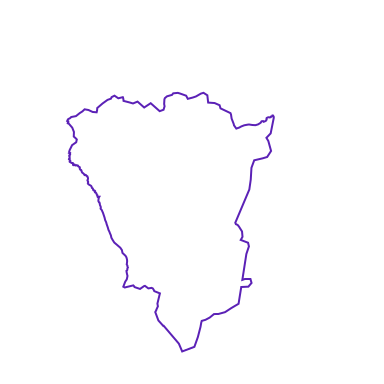 the district of Kirfi, Bauchi, Nigeria, rotated 56°
{"feature_id": "59680162B60638866528984", "entity_name": "Kirfi", "entity_type": "district", "adm_level": 2, "iso_a3": "NGA", "parent_name": "Nigeria", "parent_adm1": "Bauchi", "projection": "natural_earth1", "projection_center": [10.416, 10.451], "detail": "fine", "context": "isolated", "style": "outline", "palette": "violet", "viewbox_px": 384, "rotation_deg": 56, "n_neighbors": 0, "source": "geoboundaries", "source_scale": "gbopen_adm2", "svg_char_len": 5454}
<svg xmlns="http://www.w3.org/2000/svg" viewBox="0 0 384 384"><g transform="rotate(56 192 192)"><path d="M318.7,289.3L321.7,276.6L318.9,272.8L315.5,268.2L308.6,260.4L305.5,257.4L304.3,256.0L305.5,252.3L306.0,247.5L305.5,242.0L307.9,238.3L310.1,231.8L310.2,224.6L310.2,224.4L310.5,219.3L310.6,217.9L310.7,215.9L298.3,204.3L302.0,198.2L300.7,193.5L296.8,192.2L293.7,196.8L293.0,199.4L273.8,181.6L268.9,175.2L265.4,173.9L259.0,178.4L257.4,175.2L252.7,172.6L249.6,172.5L246.9,172.4L244.8,172.6L243.2,173.6L241.7,173.3L222.0,143.1L214.5,136.3L205.2,129.2L200.5,122.7L203.6,114.6L205.0,110.1L202.2,103.5L192.4,100.2L188.7,100.0L187.4,94.0L176.2,82.7L175.1,82.1L173.8,82.1L173.5,82.6L173.8,83.1L174.0,83.8L173.6,84.4L174.0,85.0L173.6,86.0L173.2,86.2L172.7,87.0L172.5,87.8L172.4,88.7L172.8,89.2L173.2,89.3L173.8,89.7L173.9,90.4L174.3,91.0L174.2,91.7L174.1,92.5L173.8,93.4L173.3,93.4L173.0,93.4L172.6,94.1L172.3,94.8L173.0,96.4L172.9,99.4L172.1,102.0L170.2,104.5L167.9,107.0L167.2,108.4L165.9,111.4L165.2,114.5L165.0,116.8L164.2,119.8L160.2,119.9L159.0,119.4L153.3,118.1L149.5,116.3L148.4,116.1L148.1,116.0L138.6,121.6L135.5,120.6L130.9,123.5L126.9,128.6L120.4,125.2L116.2,127.0L115.4,129.6L115.0,135.3L114.1,138.6L112.4,143.4L108.9,143.0L104.0,146.6L101.9,148.3L99.7,152.4L100.3,154.3L98.7,159.2L99.0,162.0L99.8,163.1L103.5,165.9L105.6,166.8L107.9,169.6L106.9,173.6L95.3,176.6L95.2,184.4L86.6,186.6L85.6,191.4L82.6,193.9L80.9,195.4L78.2,197.8L76.7,197.0L74.9,196.3L74.7,196.3L73.1,200.7L68.8,202.4L68.4,205.6L69.3,207.0L68.4,210.5L68.6,216.7L69.4,223.6L71.2,225.0L72.6,226.5L70.1,229.6L66.1,232.0L63.4,234.8L63.9,237.8L63.8,240.8L64.2,245.8L62.3,250.2L62.5,251.1L62.6,252.4L62.4,253.1L62.4,254.2L62.9,255.1L63.3,255.7L63.8,255.2L64.2,255.0L64.9,255.4L65.1,256.2L65.5,256.6L66.6,255.9L71.7,255.3L76.2,256.3L79.9,259.0L82.3,258.4L84.0,258.1L86.0,260.2L86.1,265.2L88.8,269.9L89.3,270.5L89.8,271.2L90.3,271.4L90.6,271.6L91.0,271.4L91.1,271.8L91.1,272.1L91.4,272.0L91.5,271.7L91.7,271.4L91.9,271.6L92.3,271.8L92.6,271.9L92.9,272.3L92.8,272.7L92.9,272.9L93.2,272.9L93.4,273.1L93.4,273.4L93.4,273.6L93.9,273.8L94.3,273.7L94.6,273.8L94.8,274.1L95.0,274.3L95.3,274.5L95.6,274.5L95.7,274.9L95.8,275.2L95.8,275.5L96.0,275.7L96.4,275.6L96.7,275.6L97.0,275.4L97.5,275.3L97.9,275.5L98.0,275.7L98.1,275.9L98.3,275.8L98.4,276.1L98.4,276.4L98.5,276.5L99.0,276.4L99.3,276.2L99.7,276.0L100.2,275.8L100.6,275.6L100.9,275.3L101.0,275.1L101.1,274.9L101.2,274.7L101.3,274.6L101.5,274.6L102.0,274.8L102.4,274.9L102.5,275.1L102.8,275.4L103.0,275.5L103.4,275.4L103.5,275.3L103.6,275.1L103.7,274.8L103.7,274.6L103.5,274.4L103.4,274.1L103.5,274.0L103.9,274.0L104.0,273.9L104.3,273.9L104.5,274.0L104.7,273.9L104.9,273.7L104.9,273.3L105.0,273.0L105.1,272.8L105.2,272.7L105.4,272.7L105.6,272.6L105.8,272.5L105.8,272.3L105.9,272.1L106.0,272.0L106.1,271.9L106.3,271.8L106.5,271.9L107.1,271.9L107.3,271.9L107.6,271.8L107.8,271.7L108.0,271.5L108.1,271.4L108.3,271.3L108.5,271.2L109.0,271.3L109.3,271.5L109.5,271.8L109.9,272.0L110.1,272.1L110.3,272.1L110.5,272.1L110.8,272.0L111.1,272.1L111.3,272.0L111.4,271.8L111.6,271.7L111.8,271.6L112.0,271.7L112.1,271.8L112.3,271.8L112.6,271.8L112.8,271.8L113.0,271.8L113.3,272.0L113.6,272.1L113.8,272.1L114.0,272.1L114.4,272.2L114.5,272.2L114.8,272.1L115.0,272.0L115.3,271.9L115.5,271.8L115.9,271.7L116.3,271.6L116.6,271.6L116.8,271.5L117.2,271.6L117.4,271.6L117.6,271.6L117.9,271.6L118.0,271.4L118.0,271.2L118.1,270.9L118.2,270.7L118.4,270.6L118.6,270.5L118.8,270.5L119.0,270.4L119.3,270.5L119.6,270.5L119.8,270.4L120.1,270.1L120.3,270.0L120.6,270.2L120.8,270.2L121.1,270.1L121.4,270.3L121.9,270.3L122.4,270.5L122.8,270.8L123.2,271.1L123.4,271.5L123.7,272.0L123.9,272.2L124.2,272.3L124.6,272.2L125.0,272.2L125.2,272.3L125.4,272.5L125.6,272.5L125.9,272.7L126.1,273.0L126.4,273.1L126.5,273.4L126.9,273.4L127.5,273.6L128.9,273.0L129.8,272.5L130.6,272.2L131.6,272.3L132.6,272.7L133.4,272.3L134.1,272.4L134.9,272.7L135.1,272.8L135.5,272.7L135.8,272.3L136.1,272.3L136.1,272.2L136.3,272.0L136.5,271.9L136.9,271.8L137.2,271.8L137.4,271.9L137.5,272.1L137.6,272.3L137.6,272.5L137.8,272.6L138.1,272.6L138.3,272.5L138.4,272.4L138.6,272.3L138.9,272.2L139.1,272.1L139.3,272.0L139.6,272.1L140.0,272.2L140.3,272.2L140.7,272.2L140.9,272.4L141.2,272.5L141.4,272.5L141.7,272.4L141.9,272.3L142.0,272.4L142.2,272.5L142.4,272.7L142.7,272.7L142.9,272.8L143.1,272.9L143.3,273.0L143.5,273.0L143.7,272.6L143.7,272.2L143.9,271.8L144.1,271.5L144.6,272.5L145.1,272.9L145.8,273.6L146.6,274.3L147.2,274.7L148.0,274.8L148.6,274.9L148.9,274.6L149.8,274.8L150.6,275.3L151.7,275.7L152.8,275.8L153.9,276.3L154.7,277.1L155.2,277.1L155.7,277.0L156.5,276.9L157.1,277.0L157.9,277.2L159.3,277.4L164.3,278.8L166.7,279.7L169.1,280.1L171.1,280.8L173.1,281.3L174.9,281.8L176.6,282.4L178.8,282.7L179.9,283.0L182.6,283.5L184.8,284.4L187.3,284.6L190.4,284.7L198.1,282.6L201.0,282.6L203.6,283.7L207.7,282.8L209.5,282.9L211.5,283.6L213.0,284.4L214.1,285.3L214.8,285.9L215.5,286.6L216.9,286.7L217.9,287.3L218.7,287.3L219.4,288.5L220.3,289.1L220.7,289.8L220.7,290.4L221.6,290.9L223.8,291.8L225.5,292.4L226.7,293.6L228.0,295.0L228.4,296.0L229.0,297.5L232.1,301.9L233.6,301.1L234.0,299.9L236.6,292.9L237.8,292.7L238.7,292.8L243.3,289.3L243.2,284.4L243.5,283.5L247.5,282.1L248.9,279.1L250.1,278.4L252.1,278.5L253.1,278.7L258.1,275.3L265.2,283.1L267.7,284.2L269.8,287.6L270.0,287.7L271.0,289.6L279.7,291.7L287.0,290.7L287.1,290.3L310.4,287.7L318.7,289.3Z" fill="none" stroke="#5b21b6" stroke-width="2"/></g></svg>